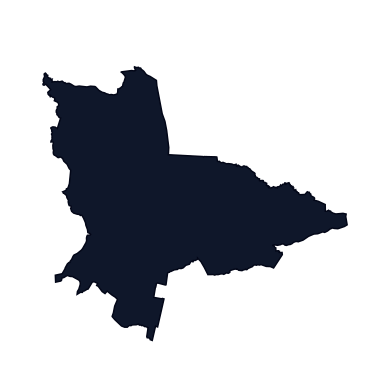 Amozoc, Puebla, Mexico, rotated 81°
{"feature_id": "50627088B614653988957", "entity_name": "Amozoc", "entity_type": "district", "adm_level": 2, "iso_a3": "MEX", "parent_name": "Mexico", "parent_adm1": "Puebla", "projection": "albers", "projection_center": [-98.054, 19.064], "detail": "fine", "context": "isolated", "style": "filled", "palette": "ink", "viewbox_px": 384, "rotation_deg": 81, "n_neighbors": 0, "source": "geoboundaries", "source_scale": "gbopen_adm2", "svg_char_len": 5992}
<svg xmlns="http://www.w3.org/2000/svg" viewBox="0 0 384 384"><g transform="rotate(81 192 192)"><path d="M327.7,259.3L328.9,259.1L329.5,257.0L330.2,256.5L331.3,256.4L332.4,254.5L318.8,249.0L319.9,247.1L293.2,236.4L292.5,237.9L292.7,238.7L292.3,240.0L290.1,246.3L280.2,243.0L280.2,242.7L278.1,241.9L277.2,241.8L276.4,240.3L279.7,232.8L279.6,232.2L267.9,228.7L267.7,226.9L267.1,226.6L267.2,225.4L266.1,221.6L266.2,218.4L265.4,217.3L265.9,214.5L265.5,212.5L263.4,209.5L262.9,205.9L260.9,204.3L260.4,203.3L260.4,202.9L261.1,202.0L260.4,201.4L259.9,201.5L260.1,199.4L259.2,196.9L258.2,196.8L262.1,194.1L268.6,191.6L276.1,189.2L276.8,184.1L277.6,182.6L277.3,180.9L277.7,179.2L277.4,176.4L277.6,174.8L278.3,173.5L277.2,170.4L277.7,169.6L277.9,168.6L277.2,167.2L276.1,167.2L275.4,165.9L274.8,161.5L275.3,160.1L274.9,159.7L276.6,158.1L277.5,154.9L276.8,152.7L277.0,152.0L276.6,151.2L277.2,150.5L277.2,149.8L276.3,148.6L275.1,143.9L274.5,143.4L273.7,141.7L274.4,139.7L274.1,138.3L274.7,136.9L274.5,135.1L277.1,130.3L277.9,126.3L279.8,123.3L268.0,112.6L265.8,112.5L265.4,115.2L264.5,115.0L264.5,115.5L263.6,115.6L263.3,118.4L260.3,118.0L259.9,118.8L258.8,119.2L257.4,120.5L257.1,120.3L257.4,117.6L258.0,116.1L257.9,112.8L257.4,111.5L257.7,109.7L259.0,108.5L259.5,107.1L259.1,104.8L259.2,103.1L258.6,101.2L257.6,99.6L257.1,97.2L257.5,95.3L257.8,95.0L256.9,89.9L254.0,83.8L252.6,78.2L252.9,74.3L251.8,68.9L252.6,67.6L252.5,66.7L251.7,64.2L250.2,61.5L249.5,58.8L250.2,57.4L251.1,53.7L249.9,46.8L248.7,43.9L240.3,44.0L237.9,43.2L236.7,46.2L236.2,53.4L234.8,56.3L232.8,58.4L232.5,58.3L232.3,59.1L231.4,60.0L232.1,62.0L231.9,63.3L225.2,62.4L220.9,68.8L219.1,72.8L217.3,71.9L216.4,72.4L215.0,74.3L213.8,75.4L213.0,75.0L212.5,75.1L211.9,76.1L210.7,76.1L210.5,77.0L209.8,78.1L212.1,80.8L211.6,85.5L210.6,86.9L209.4,86.9L209.0,88.2L208.1,88.2L207.9,88.9L206.0,89.2L206.6,90.4L206.1,90.9L205.5,90.8L204.5,91.7L203.9,91.0L203.4,91.6L202.6,91.4L202.7,92.5L201.5,92.6L201.7,93.7L200.2,93.8L199.6,94.5L198.6,94.4L198.0,94.8L198.3,97.2L198.9,97.9L197.8,98.2L197.5,98.8L197.8,99.1L198.8,99.1L198.5,101.0L199.8,102.7L198.9,103.3L200.3,104.6L200.3,106.7L201.3,107.3L200.5,108.2L200.8,109.2L200.3,109.4L199.5,110.8L199.9,111.3L200.3,113.4L199.7,115.8L198.7,115.8L198.6,115.0L197.8,115.7L197.4,117.1L197.0,117.5L195.9,116.9L194.9,117.0L194.7,117.9L194.0,118.3L193.5,119.9L192.0,119.8L191.7,120.2L191.5,122.4L191.7,123.0L191.3,123.6L189.6,123.3L188.8,125.0L187.9,125.4L186.7,127.1L185.8,126.9L184.4,127.3L183.9,126.9L183.0,127.2L180.5,130.0L178.0,131.4L177.7,132.3L176.6,132.9L176.4,133.6L175.4,133.9L175.0,135.7L174.5,136.2L174.4,137.3L175.5,138.7L174.4,139.9L174.2,141.2L173.6,141.2L172.7,142.1L172.8,142.8L173.8,143.3L173.5,144.1L171.5,144.1L171.8,146.4L170.6,148.3L169.6,151.9L169.6,153.4L167.6,156.7L167.7,158.5L167.3,159.2L166.0,160.1L165.9,161.7L165.4,162.1L161.4,162.0L161.1,162.6L158.9,174.5L159.5,175.1L158.7,175.8L158.5,176.6L151.5,209.5L144.4,208.0L127.1,207.4L117.9,207.7L110.1,209.2L81.5,210.1L76.2,209.7L71.3,215.3L69.7,217.8L68.5,219.0L65.4,220.6L63.7,222.0L63.2,222.9L61.9,223.1L61.5,223.5L61.4,224.6L60.5,225.3L60.4,227.4L59.4,229.2L60.2,229.4L63.1,228.7L63.3,230.3L62.6,232.7L62.3,242.6L62.5,243.1L63.8,241.9L66.6,240.1L68.2,239.8L72.8,242.0L73.5,242.8L76.8,244.1L77.2,245.2L78.4,246.7L78.3,247.5L78.9,248.5L78.7,249.1L82.0,249.8L83.6,250.9L83.9,254.1L83.1,256.4L83.0,258.6L82.2,259.7L81.6,261.2L80.4,262.8L79.4,265.2L77.0,268.1L73.1,270.8L72.6,271.5L71.6,275.7L71.8,279.3L69.7,286.9L69.7,290.2L69.0,291.9L66.7,294.5L65.4,296.4L65.2,299.5L64.2,300.3L64.4,300.9L62.2,302.9L62.5,305.7L61.6,307.3L62.0,308.6L61.5,310.1L61.6,312.9L60.6,312.5L59.9,313.1L58.7,312.5L58.8,314.1L57.6,314.0L56.8,315.8L55.2,316.8L54.2,316.2L53.5,317.2L52.2,317.7L51.6,318.3L52.4,319.6L54.9,319.5L57.6,321.3L59.6,321.6L60.5,321.0L61.9,322.2L62.7,322.4L63.4,321.5L62.7,319.5L68.3,315.8L68.8,315.6L69.1,315.9L71.0,318.8L72.9,318.8L74.1,318.0L74.2,316.9L75.1,317.3L75.7,317.1L75.2,316.4L75.3,316.1L76.6,314.6L77.4,313.1L79.0,313.0L80.3,313.7L82.4,310.6L83.9,310.0L85.6,310.0L86.3,310.4L86.3,311.1L86.7,311.8L88.7,312.1L90.0,313.2L91.9,313.6L93.0,313.1L94.5,313.3L95.1,312.6L97.5,311.6L98.4,310.2L108.3,315.1L106.6,316.9L106.3,317.8L105.9,319.3L106.4,321.2L107.1,321.4L108.5,320.8L110.2,321.0L111.8,320.6L112.8,321.7L114.6,321.4L116.3,321.8L118.0,321.9L119.5,323.2L120.5,323.5L120.8,321.5L121.7,321.2L124.0,322.1L127.5,322.5L129.5,322.2L130.9,322.8L132.7,322.9L134.0,322.3L134.6,321.3L137.0,319.0L137.2,318.1L136.8,317.5L137.0,316.1L138.7,314.5L141.5,313.8L145.1,311.0L149.7,309.6L151.2,308.5L152.0,308.5L164.6,311.8L168.3,313.7L169.0,314.4L169.2,315.5L170.4,316.0L170.8,316.6L171.6,319.7L172.2,319.3L173.1,319.2L173.4,318.5L175.8,316.5L178.1,316.4L180.9,315.3L182.6,315.9L183.5,315.3L184.1,315.8L185.3,315.6L186.2,315.4L186.8,313.9L187.4,313.6L188.2,313.7L189.2,314.4L192.2,313.9L194.3,312.2L195.9,309.0L196.6,306.7L197.7,306.0L197.5,305.2L197.8,304.4L200.9,303.2L205.7,302.0L208.2,302.0L212.8,301.1L215.8,301.2L217.0,299.3L218.0,298.7L218.6,299.3L218.4,302.1L219.2,302.7L220.9,303.4L223.6,303.7L225.4,304.6L230.8,308.9L232.1,310.3L234.8,315.0L235.8,318.4L236.9,319.5L239.8,321.4L241.4,323.2L242.4,323.6L242.4,324.6L243.5,326.3L247.0,329.0L248.2,329.6L252.4,333.0L252.8,340.0L259.7,340.8L259.4,335.5L258.6,334.6L256.7,334.0L256.4,331.9L254.9,328.3L256.3,325.6L256.8,323.3L261.3,317.5L262.8,316.7L264.5,316.6L266.2,317.0L270.3,319.0L272.3,320.7L275.1,321.5L273.6,317.8L274.0,316.0L272.9,315.1L272.9,313.9L271.7,311.0L271.6,309.8L265.4,304.6L265.3,302.7L267.5,299.5L269.4,300.8L270.4,299.4L276.3,296.3L278.7,293.8L276.6,291.3L281.1,287.3L283.9,284.2L286.1,282.6L286.7,282.5L292.6,286.2L299.2,288.6L302.1,290.2L302.6,290.3L306.0,288.2L313.3,282.6L315.0,279.7L315.4,277.0L314.2,275.3L314.1,273.9L314.5,273.3L313.9,271.6L314.4,268.0L314.1,265.4L314.3,265.0L315.2,264.9L315.4,263.3L316.2,262.4L315.9,261.6L317.6,259.7L317.6,259.0L318.3,257.6L319.0,257.3L319.2,256.6L327.7,259.3Z" fill="#0f172a" stroke="#020617" stroke-width="1.5"/></g></svg>